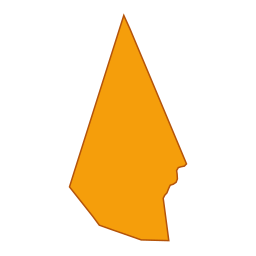 the district of Jardim de Angicos, Rio Grande do Norte, Brazil
{"feature_id": "56859067B68671349546814", "entity_name": "Jardim de Angicos", "entity_type": "district", "adm_level": 2, "iso_a3": "BRA", "parent_name": "Brazil", "parent_adm1": "Rio Grande do Norte", "projection": "natural_earth1", "projection_center": [-35.96, -5.59], "detail": "fine", "context": "isolated", "style": "filled", "palette": "amber", "viewbox_px": 256, "rotation_deg": 0, "n_neighbors": 0, "source": "geoboundaries", "source_scale": "gbopen_adm2", "svg_char_len": 436}
<svg xmlns="http://www.w3.org/2000/svg" viewBox="0 0 256 256"><path d="M186.5,163.9L150.9,78.9L130.1,29.3L123.8,15.4L74.2,171.9L69.5,186.9L71.3,189.2L92.9,216.5L99.3,225.2L112.3,229.8L141.2,239.9L168.8,240.6L163.2,198.3L164.7,195.3L166.9,192.9L168.7,188.4L170.2,185.2L173.3,184.2L176.1,182.3L177.4,178.9L177.1,174.0L176.6,170.6L178.3,167.6L180.9,166.8L184.4,166.1L186.5,163.9Z" fill="#f59e0b" stroke="#b45309" stroke-width="1.5"/></svg>